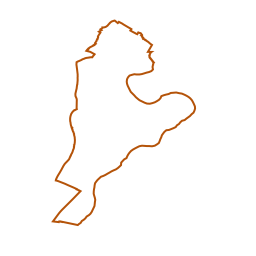 the district of Stein, Limburg, Netherlands, rotated 189°
{"feature_id": "6326949B81495248212156", "entity_name": "Stein", "entity_type": "district", "adm_level": 2, "iso_a3": "NLD", "parent_name": "Netherlands", "parent_adm1": "Limburg", "projection": "robinson", "projection_center": [5.769, 50.974], "detail": "fine", "context": "isolated", "style": "outline", "palette": "amber", "viewbox_px": 256, "rotation_deg": 189, "n_neighbors": 0, "source": "geoboundaries", "source_scale": "gbopen_adm2", "svg_char_len": 5678}
<svg xmlns="http://www.w3.org/2000/svg" viewBox="0 0 256 256"><g transform="rotate(189 128 128)"><path d="M189.1,184.9L189.0,184.2L188.9,182.9L188.7,182.0L188.4,181.1L188.1,180.0L187.8,179.0L187.6,178.4L186.1,173.0L186.0,172.3L185.8,171.1L185.7,170.6L185.7,170.0L185.2,167.3L184.9,163.1L185.0,163.0L185.0,162.1L185.0,161.0L184.9,159.0L185.0,157.9L185.1,156.7L185.3,153.8L185.2,152.9L185.0,152.0L184.8,151.2L184.4,150.6L183.7,149.5L183.2,148.6L182.9,147.3L182.8,146.4L181.9,139.9L181.5,138.6L182.3,138.1L182.9,137.6L183.7,137.0L183.9,137.1L184.7,136.1L185.2,135.3L185.6,134.6L185.8,134.1L186.3,133.0L186.4,132.2L186.6,131.1L186.7,129.6L186.6,128.0L186.3,126.3L186.1,125.5L185.7,124.6L185.3,123.2L184.9,122.0L184.3,120.8L184.1,120.5L184.0,120.1L183.6,119.3L183.4,119.3L183.5,119.1L182.9,118.0L182.8,118.3L182.3,117.2L182.2,116.8L182.2,116.7L182.0,116.4L181.7,115.8L181.4,115.7L180.8,114.5L180.4,113.9L180.5,113.6L180.3,113.4L180.1,112.8L180.1,112.6L179.9,112.0L179.6,111.5L179.2,110.5L179.0,109.5L178.7,108.4L178.5,107.4L178.4,106.3L178.3,105.3L178.3,104.2L178.3,103.3L178.4,102.9L178.5,102.8L178.4,102.7L178.4,102.2L178.5,101.0L178.3,100.9L178.3,100.0L178.4,99.2L178.6,98.3L178.7,98.2L178.8,97.7L178.9,96.9L179.0,96.1L179.1,95.6L179.5,94.1L179.7,93.8L180.0,92.8L180.3,91.8L180.5,91.1L180.4,91.1L180.5,90.8L180.8,89.8L181.1,88.8L181.2,88.3L181.4,87.8L181.7,87.3L182.0,86.8L182.5,86.1L183.1,85.2L183.9,84.1L184.5,83.2L185.1,82.2L185.5,81.2L185.9,80.3L186.1,79.8L186.1,79.6L186.5,78.6L187.2,76.5L188.5,73.1L188.8,72.4L189.6,70.5L189.9,69.7L190.3,68.6L190.6,67.6L191.1,65.8L191.1,64.9L190.7,64.9L189.9,64.8L189.2,64.7L188.6,64.6L188.1,64.5L181.7,63.1L178.1,62.1L172.6,60.7L171.9,60.5L168.7,59.6L168.4,59.5L168.3,59.4L168.5,59.2L167.6,59.0L166.2,58.4L166.1,58.6L165.0,58.2L167.2,55.1L169.3,52.1L171.5,49.0L180.4,36.8L181.6,35.0L182.7,33.2L183.7,31.3L187.5,24.0L181.7,24.2L181.7,24.4L181.6,24.6L181.4,25.0L179.1,24.9L179.2,25.1L162.4,24.3L161.6,25.3L159.9,26.9L159.1,28.9L157.3,30.5L156.0,32.1L155.0,34.1L152.9,35.9L151.7,37.4L150.7,39.5L150.1,41.6L149.5,43.6L148.9,45.7L149.0,48.1L149.1,49.9L149.1,51.9L149.8,53.8L151.0,56.3L151.6,57.7L151.9,59.9L152.0,62.0L151.9,64.1L152.0,66.2L151.9,68.3L150.9,70.3L149.9,72.0L148.5,73.8L147.1,75.6L144.9,76.8L143.0,78.1L141.2,79.6L139.4,81.0L137.5,82.6L135.6,83.9L133.5,85.2L131.8,86.8L130.4,88.5L129.1,90.2L129.3,92.8L128.1,94.6L126.8,96.5L124.8,98.0L124.3,100.1L123.6,102.0L122.7,103.8L121.4,105.8L119.7,107.5L117.8,109.0L115.9,110.4L113.9,111.8L111.4,112.7L109.1,112.9L106.6,113.1L103.9,113.5L101.4,113.7L98.8,114.7L96.9,116.3L95.2,118.0L94.7,120.0L94.3,122.1L93.7,124.0L93.4,126.1L92.5,127.9L91.5,129.8L89.8,131.8L87.2,132.5L85.0,133.8L83.0,135.0L81.0,136.4L80.1,138.3L78.3,139.9L77.2,141.9L75.8,143.6L73.3,144.7L71.8,146.4L68.7,149.5L67.3,151.6L65.7,153.4L65.1,155.5L64.8,157.7L65.3,159.8L66.5,161.7L67.8,163.6L69.2,165.4L71.1,167.0L73.0,168.1L75.2,169.0L77.4,169.7L80.2,170.4L83.0,170.4L85.9,170.6L91.2,169.3L93.2,167.9L95.5,167.0L97.7,166.0L100.0,164.7L100.6,162.5L101.8,160.7L103.6,159.1L105.5,157.6L107.8,156.4L110.2,155.4L113.1,155.1L115.6,155.6L118.2,156.4L120.9,157.2L123.0,158.4L125.1,159.7L126.9,161.2L130.9,164.1L132.3,166.0L134.9,169.7L135.9,171.6L136.5,173.6L136.6,175.9L136.0,177.9L134.7,180.0L132.5,181.1L130.2,182.1L128.0,182.2L125.3,182.6L122.8,183.4L120.5,184.5L118.3,185.6L115.9,186.6L113.8,187.9L112.5,189.7L113.3,192.1L113.2,194.3L113.0,196.4L112.7,196.7L114.1,198.0L113.9,197.3L114.1,197.5L114.4,197.9L114.7,198.3L115.0,198.6L116.5,199.9L116.3,199.9L116.6,200.3L117.4,201.1L117.7,201.5L118.0,202.2L118.0,202.5L118.0,202.8L117.9,203.3L117.9,203.5L118.2,203.4L118.1,204.0L118.0,204.6L117.5,205.5L117.2,206.3L116.7,206.8L120.2,206.3L117.3,213.8L118.1,214.2L119.0,214.6L120.3,215.4L120.5,215.5L120.8,215.8L121.2,216.0L121.6,216.2L121.9,216.4L122.2,216.5L122.5,216.6L122.8,216.7L123.1,216.9L123.3,217.1L123.8,217.3L124.0,217.3L124.1,217.5L124.5,217.8L124.8,217.8L125.0,217.9L125.1,217.7L125.6,218.0L125.8,218.1L126.2,218.2L126.5,218.4L126.6,218.7L126.8,218.6L126.8,218.8L127.0,219.0L127.3,219.1L127.5,219.2L127.7,219.3L127.8,219.6L127.9,219.8L128.0,219.9L127.9,220.0L128.1,220.1L128.2,220.3L128.3,220.4L128.5,220.6L128.4,220.6L128.6,220.8L128.6,221.0L128.6,221.7L128.7,222.0L128.8,222.0L128.7,222.1L128.8,222.2L129.5,222.8L129.5,222.7L129.7,222.9L129.8,223.3L130.9,223.6L132.8,224.0L132.9,223.7L133.1,223.1L133.3,222.6L133.5,222.1L135.0,222.5L136.3,223.0L137.6,223.4L140.9,224.6L140.1,226.2L140.3,226.3L143.5,227.5L148.3,229.4L148.8,229.6L150.0,230.2L153.6,231.4L154.0,230.6L154.5,230.0L157.9,232.0L158.4,231.9L159.1,231.5L160.5,230.8L161.0,230.4L161.2,230.2L161.6,229.8L161.8,229.6L162.2,229.1L162.3,229.0L162.3,228.9L162.4,228.7L162.5,228.7L162.8,228.2L163.1,227.7L163.4,227.3L163.8,226.6L164.2,225.9L164.5,225.6L164.8,225.3L165.0,225.1L165.4,224.7L166.1,224.2L166.3,224.1L167.0,223.8L167.2,223.7L167.5,223.6L167.9,223.5L168.7,223.3L168.9,223.3L168.8,222.9L169.7,222.0L170.6,221.2L169.4,220.5L171.8,218.6L170.2,217.8L170.7,216.8L171.8,214.4L171.9,214.0L172.0,213.7L172.0,213.2L171.7,213.0L172.0,210.9L172.4,210.9L172.8,209.3L172.7,209.0L172.9,208.7L173.4,207.6L173.8,206.8L173.0,206.2L174.8,204.6L174.5,204.4L178.1,201.8L179.4,200.5L179.1,200.4L180.2,198.5L180.7,198.6L181.2,197.7L178.0,197.4L177.1,197.3L174.4,196.3L173.5,196.0L172.9,195.8L173.0,195.6L172.6,195.4L174.1,193.0L174.1,192.9L174.3,192.3L175.5,192.1L175.9,192.0L176.8,191.8L177.1,191.6L177.7,191.5L177.8,191.4L178.4,191.2L179.5,190.9L181.1,190.3L181.2,190.2L181.3,190.2L181.7,189.8L183.1,189.1L183.7,188.7L184.3,188.3L184.5,188.0L187.0,186.4L187.7,186.0L188.0,185.8L188.4,185.5L189.0,185.0L189.1,184.9Z" fill="none" stroke="#b45309" stroke-width="2"/></g></svg>